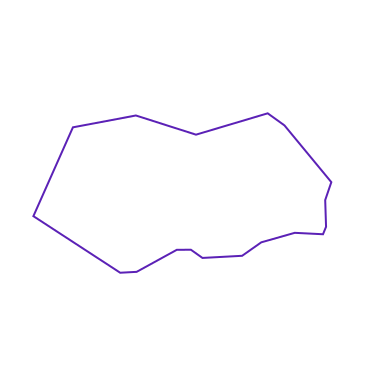 Tonj East, Warrap, South Sudan (orthographic projection), rotated 208°
{"feature_id": "79223893B19595025939095", "entity_name": "Tonj East", "entity_type": "district", "adm_level": 2, "iso_a3": "SSD", "parent_name": "South Sudan", "parent_adm1": "Warrap", "projection": "orthographic", "projection_center": [29.157, 7.837], "detail": "fine", "context": "isolated", "style": "outline", "palette": "violet", "viewbox_px": 384, "rotation_deg": 208, "n_neighbors": 0, "source": "geoboundaries", "source_scale": "gbopen_adm2", "svg_char_len": 398}
<svg xmlns="http://www.w3.org/2000/svg" viewBox="0 0 384 384"><g transform="rotate(208 192 192)"><path d="M167.1,292.1L215.4,244.5L277.5,233.2L327.5,193.2L320.7,96.2L217.5,87.0L203.4,95.5L178.3,133.8L165.9,140.5L151.8,138.7L117.8,159.2L107.2,180.1L82.1,204.2L56.5,216.2L57.3,224.2L70.6,247.4L73.6,266.1L141.6,294.2L162.1,297.0L167.1,292.1Z" fill="none" stroke="#5b21b6" stroke-width="2"/></g></svg>